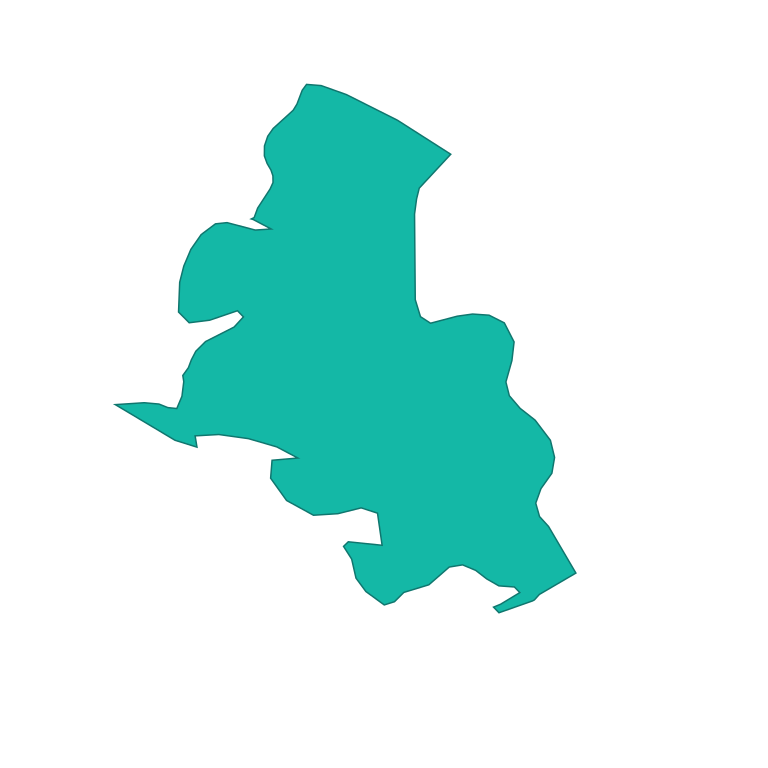 map outline of Hải Phòng (Natural Earth projection), rotated 136°
{"feature_id": "VNM-4600", "entity_name": "Hải Phòng", "entity_type": "Province", "adm_level": 1, "iso_a3": "VNM", "parent_name": "Vietnam", "parent_adm1": "", "projection": "natural_earth1", "projection_center": [106.633, 20.813], "detail": "fine", "context": "isolated", "style": "filled", "palette": "teal", "viewbox_px": 768, "rotation_deg": 136, "n_neighbors": 0, "source": "natural_earth", "source_scale": "10m", "svg_char_len": 1479}
<svg xmlns="http://www.w3.org/2000/svg" viewBox="0 0 768 768"><g transform="rotate(136 384 384)"><path d="M425.8,124.2L427.9,124.8L460.2,139.6L460.2,147.4L453.1,144.6L431.2,139.6L431.2,147.4L441.6,159.0L445.5,172.4L447.5,186.2L453.1,199.3L464.2,207.0L491.2,208.4L514.5,220.3L527.7,220.1L537.3,224.9L541.2,247.3L539.0,263.8L528.9,280.5L525.9,295.3L519.3,295.3L497.4,269.3L478.4,295.6L486.5,310.8L507.2,322.7L525.9,338.6L535.0,367.9L531.0,395.0L517.5,406.9L497.4,390.6L504.8,413.2L519.5,438.9L537.9,462.4L555.9,477.9L562.4,468.5L573.4,488.6L591.6,555.8L569.5,537.1L559.8,525.9L555.9,517.2L550.1,510.3L537.9,515.5L526.4,524.8L522.8,529.9L513.4,531.6L505.8,535.2L496.6,538.3L482.9,538.5L452.3,529.1L438.5,529.9L438.5,538.5L465.1,551.0L481.6,563.4L481.8,578.5L460.3,599.1L446.1,607.9L429.4,615.0L411.7,618.5L394.0,616.3L384.8,609.1L369.7,584.2L357.5,573.9L363.8,593.1L364.8,594.9L361.8,593.9L352.7,598.3L330.5,603.4L323.9,606.0L319.3,610.9L316.7,616.4L314.9,623.8L311.6,631.2L304.6,638.3L295.5,643.0L286.2,644.8L259.2,644.0L252.2,645.8L238.8,652.1L231.6,653.3L221.9,642.3L210.0,618.3L191.1,564.4L176.4,502.9L222.6,500.4L232.0,494.5L244.0,485.0L302.9,423.0L311.0,407.1L308.3,395.4L284.2,381.9L271.7,372.8L260.6,360.5L255.0,344.4L261.2,323.9L275.7,312.0L294.9,300.8L302.0,288.5L303.0,271.9L300.4,253.0L303.4,227.9L312.3,212.7L325.2,203.2L343.8,199.7L357.6,192.9L364.2,180.6L364.6,167.2L377.3,114.7L418.4,124.7L425.8,124.2Z" fill="#14b8a6" stroke="#0f766e" stroke-width="1.5"/></g></svg>